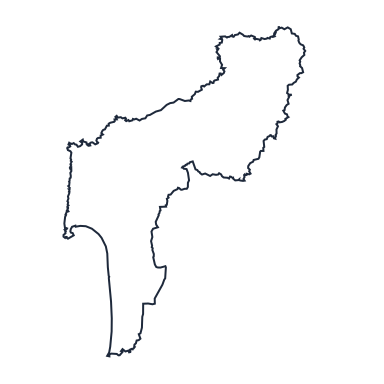 Cilacap, Jawa Tengah, Indonesia, rotated 81°
{"feature_id": "22746128B37209370352000", "entity_name": "Cilacap", "entity_type": "district", "adm_level": 2, "iso_a3": "IDN", "parent_name": "Indonesia", "parent_adm1": "Jawa Tengah", "projection": "natural_earth1", "projection_center": [108.91, -7.462], "detail": "fine", "context": "isolated", "style": "outline", "palette": "slate", "viewbox_px": 384, "rotation_deg": 81, "n_neighbors": 0, "source": "geoboundaries", "source_scale": "gbopen_adm2", "svg_char_len": 5952}
<svg xmlns="http://www.w3.org/2000/svg" viewBox="0 0 384 384"><g transform="rotate(81 192 192)"><path d="M189.0,138.3L187.2,139.1L185.5,137.8L183.4,137.9L182.9,137.2L183.7,136.9L183.7,135.8L183.5,135.1L182.6,135.0L183.5,132.7L183.0,131.3L180.5,132.3L179.0,131.4L177.1,132.8L175.2,132.4L172.6,130.0L171.6,126.9L170.0,126.1L169.6,121.2L168.3,120.1L162.9,118.4L162.2,117.6L162.6,115.0L159.5,114.7L158.8,113.6L152.8,113.3L151.6,111.9L151.5,109.9L149.4,108.7L148.7,106.1L148.1,105.8L148.2,105.2L149.7,104.4L149.7,103.0L151.8,102.7L152.4,101.4L151.7,101.5L149.8,100.3L148.9,100.6L147.4,99.3L143.5,98.8L140.5,96.8L138.2,98.0L137.7,96.9L136.0,96.6L135.9,95.4L136.9,94.5L136.9,92.0L136.3,89.8L135.3,88.1L134.4,88.3L133.1,85.1L132.4,85.8L130.2,86.0L129.1,87.9L125.9,89.1L125.5,87.7L123.1,87.0L120.9,84.9L120.0,82.8L116.2,83.3L113.4,81.3L112.4,81.6L111.5,78.3L111.0,81.0L109.1,82.6L106.1,81.3L102.1,80.9L101.2,79.4L101.5,76.2L100.2,74.6L99.2,72.1L97.3,70.9L95.7,68.5L94.4,69.7L93.0,69.6L91.5,66.9L91.7,65.3L91.1,63.5L86.8,63.9L84.6,65.6L83.7,65.2L81.8,65.6L80.2,64.7L78.8,65.1L76.1,62.6L74.2,59.6L71.9,59.6L70.4,58.1L68.0,59.4L66.8,58.5L64.6,59.2L63.1,61.6L61.4,62.7L59.1,63.2L58.1,62.7L54.9,62.9L53.9,64.9L51.9,65.8L51.0,68.6L46.7,69.0L44.4,71.7L45.7,75.3L43.7,77.7L43.9,79.8L42.8,80.1L42.7,80.6L44.8,81.2L45.8,83.8L48.2,86.0L48.6,86.1L48.3,84.8L49.8,85.7L50.4,86.9L51.2,86.2L51.5,88.0L50.9,89.3L51.3,90.6L52.6,91.2L51.6,93.4L52.2,94.1L52.3,96.3L50.8,99.4L52.5,100.4L52.8,101.2L52.0,101.4L50.8,104.6L51.2,105.9L50.2,106.7L49.5,105.7L48.7,105.7L46.7,109.1L47.6,111.1L46.9,111.6L47.1,113.0L46.1,116.1L44.6,117.1L42.1,120.1L43.6,122.0L43.7,125.1L45.2,126.6L44.7,127.8L43.3,127.9L44.6,130.8L44.5,132.5L44.9,133.3L43.5,134.9L43.1,139.4L44.6,138.7L45.2,140.2L45.9,138.5L46.5,138.3L49.1,139.2L49.1,141.3L50.7,141.6L52.0,145.6L54.6,143.4L55.1,143.8L55.0,144.9L55.8,144.5L57.6,145.9L62.3,143.2L63.5,143.9L63.1,145.5L64.1,145.7L64.7,145.5L64.2,144.5L64.5,143.4L67.4,143.9L71.1,142.4L74.1,143.9L74.8,140.3L76.1,142.1L77.9,141.1L79.5,142.0L81.0,144.6L79.4,145.1L79.3,146.2L81.9,147.1L83.1,148.7L85.0,148.7L85.4,152.3L86.0,153.1L87.6,153.7L87.6,154.7L85.7,156.7L88.3,158.0L88.0,160.7L89.7,163.5L88.8,164.4L89.0,166.2L89.9,166.6L92.5,166.3L94.0,170.4L93.5,172.6L95.8,173.9L97.9,177.3L99.9,177.3L100.5,178.8L101.9,179.3L101.1,181.0L101.0,184.8L98.3,189.6L98.0,190.9L100.8,196.2L100.8,199.7L102.0,203.4L106.3,209.9L106.9,215.1L109.3,221.5L109.4,224.3L111.9,226.5L112.0,230.0L113.2,232.6L110.9,235.7L111.3,237.6L110.6,238.9L111.9,239.6L112.3,242.9L111.0,243.5L111.7,245.9L110.6,246.8L109.4,245.7L108.2,246.2L108.4,249.2L107.0,250.6L106.9,253.6L105.0,254.5L105.8,255.9L108.5,255.0L108.2,257.2L109.9,257.2L110.5,257.9L110.8,261.9L111.5,263.6L113.4,263.8L113.2,265.7L116.5,268.2L116.8,270.0L117.9,271.2L119.6,272.3L121.3,271.0L121.9,273.4L124.1,273.7L123.9,276.3L124.5,277.5L126.2,278.4L127.8,277.9L128.5,277.0L129.1,277.4L129.8,280.1L127.4,282.5L127.3,283.9L128.2,285.7L130.1,285.2L130.2,286.8L129.8,287.4L129.0,287.3L128.9,287.9L128.4,287.7L128.0,288.6L126.5,288.5L125.0,291.6L123.2,291.7L124.6,294.4L126.2,292.8L127.8,293.1L129.2,295.3L129.5,297.6L127.2,298.7L126.7,300.1L125.2,301.2L125.8,303.1L125.1,304.1L125.4,304.6L124.2,305.6L125.8,306.6L127.0,305.3L127.9,305.1L128.7,306.9L128.5,307.9L129.1,308.4L131.2,308.0L132.7,305.7L134.3,305.0L139.9,306.8L140.9,306.3L142.3,306.9L143.2,306.1L145.5,307.7L146.4,307.1L149.1,308.9L150.2,308.6L149.5,307.5L152.5,307.9L154.1,309.2L157.2,309.2L158.9,309.6L159.5,310.7L162.0,311.2L162.6,311.8L163.4,311.5L166.3,312.3L166.8,313.3L168.8,312.1L170.0,312.6L170.0,313.1L170.7,312.6L172.4,313.5L172.7,313.0L174.2,313.5L177.0,315.2L179.2,315.1L181.7,316.5L182.7,315.9L185.1,316.8L185.9,316.1L187.0,317.4L188.1,317.5L188.3,316.9L188.9,317.0L190.7,318.4L191.1,317.4L191.8,317.1L192.1,318.9L194.6,320.5L195.0,320.0L196.7,321.2L203.1,323.0L208.0,323.1L207.8,322.1L208.4,321.1L209.1,321.7L209.5,323.3L209.9,322.8L210.4,323.3L211.3,322.9L211.6,323.4L213.0,323.4L214.3,325.6L216.0,325.9L217.5,324.5L216.6,323.6L216.8,322.8L217.9,322.7L218.7,321.8L216.3,315.6L213.9,316.3L213.2,317.9L211.9,318.3L209.8,317.6L207.6,315.9L207.0,312.4L208.1,312.3L208.0,307.6L209.2,302.2L212.6,296.6L218.9,290.9L223.1,288.5L232.3,285.6L239.5,285.3L253.2,286.9L261.9,287.4L262.8,287.0L263.7,287.6L287.5,289.1L304.2,291.0L317.2,293.2L332.1,297.0L337.5,298.9L340.6,301.4L341.4,299.3L339.4,299.0L339.0,297.0L340.2,291.6L341.8,290.2L341.9,289.0L339.1,285.6L338.6,285.5L338.0,286.9L336.3,285.2L339.1,282.7L338.7,279.6L340.5,279.2L340.4,278.0L339.4,277.7L338.5,278.6L338.1,278.1L337.5,276.3L338.6,274.4L337.6,275.7L337.4,274.2L336.1,272.8L335.7,273.3L333.7,272.7L332.7,271.1L330.0,269.9L330.0,267.9L328.8,265.9L324.1,266.8L323.5,265.0L318.2,262.7L307.4,260.6L304.9,259.4L294.7,257.7L295.3,252.7L296.7,248.6L296.5,246.2L291.4,245.5L278.9,235.7L274.2,233.1L273.1,232.0L262.4,229.6L261.1,229.9L261.7,235.0L261.2,237.6L260.5,239.0L257.8,240.0L250.3,240.5L249.8,239.9L247.3,239.4L243.1,240.2L241.4,239.6L240.2,240.4L238.9,239.8L234.1,240.1L230.3,238.2L224.7,238.2L222.2,236.2L221.5,231.2L218.6,232.5L215.8,232.5L209.8,228.5L208.9,228.6L207.8,227.5L205.7,226.8L205.3,226.0L201.7,226.0L202.4,219.9L201.0,220.0L200.7,218.9L196.9,217.7L194.8,217.9L193.9,216.0L192.7,216.4L191.1,215.6L191.2,213.5L188.0,209.9L186.9,205.9L185.6,205.2L186.1,204.1L187.9,202.7L188.2,201.7L187.7,198.8L188.0,196.6L186.4,195.3L182.3,194.6L180.0,193.1L172.4,193.0L168.5,193.8L167.7,196.5L166.8,196.9L166.3,198.0L165.5,197.3L165.0,194.6L164.2,194.1L164.3,192.9L163.3,192.1L163.3,190.2L162.3,189.5L161.9,186.5L170.2,185.0L171.2,183.3L172.7,182.6L173.5,181.4L174.7,181.0L176.3,179.4L175.8,176.1L179.0,171.6L177.7,168.8L178.8,165.6L178.8,163.4L177.7,162.3L179.2,160.5L181.1,159.9L182.6,158.5L183.5,154.7L184.5,153.3L182.7,152.1L182.9,151.3L184.5,149.6L184.4,149.2L185.2,149.3L187.3,147.5L187.5,144.4L187.0,143.6L187.5,143.8L188.2,142.5L189.0,139.9L189.0,138.3Z" fill="none" stroke="#1e293b" stroke-width="2"/></g></svg>